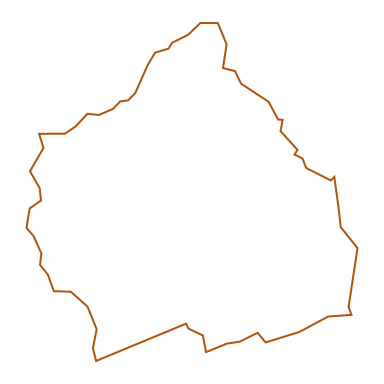 outline of Washington, Georgia, United States of America
{"feature_id": "52423323B31075170067168", "entity_name": "Washington", "entity_type": "district", "adm_level": 2, "iso_a3": "USA", "parent_name": "United States of America", "parent_adm1": "Georgia", "projection": "mercator", "projection_center": [-82.811, 32.997], "detail": "fine", "context": "isolated", "style": "outline", "palette": "amber", "viewbox_px": 384, "rotation_deg": 0, "n_neighbors": 0, "source": "geoboundaries", "source_scale": "gbopen_adm2", "svg_char_len": 850}
<svg xmlns="http://www.w3.org/2000/svg" viewBox="0 0 384 384"><path d="M268.6,101.8L241.1,83.7L235.0,71.1L223.0,68.1L226.6,44.3L217.8,23.1L200.4,23.0L188.1,34.8L172.2,42.7L168.6,48.6L155.1,52.6L147.6,65.2L135.2,93.2L128.1,100.3L120.1,101.5L113.0,108.9L98.9,115.0L87.4,113.8L75.2,126.8L64.7,133.7L39.1,133.8L43.5,147.9L30.0,171.2L39.7,188.3L41.0,200.5L29.7,208.4L26.5,227.9L33.6,236.1L41.4,253.5L40.0,264.8L47.9,274.7L53.9,291.2L70.8,291.7L87.5,306.6L96.7,329.3L92.9,348.2L96.1,361.0L101.0,358.9L186.0,323.7L188.5,328.6L202.9,335.5L206.0,352.1L227.0,343.6L239.6,341.7L257.6,332.8L265.6,342.4L299.3,332.0L328.2,316.5L351.5,314.9L348.6,307.0L357.5,248.1L340.7,227.1L338.5,207.1L334.3,176.9L330.9,180.5L306.2,168.0L302.5,158.5L294.5,154.6L297.5,149.9L280.6,131.2L282.6,119.8L278.1,119.5L268.6,101.8Z" fill="none" stroke="#b45309" stroke-width="2"/></svg>